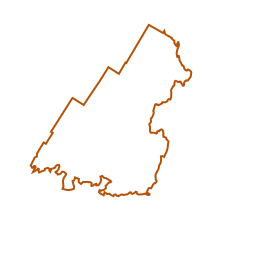 outline of Washington, Maine, United States of America, rotated 43°
{"feature_id": "52423323B19363512128609", "entity_name": "Washington", "entity_type": "district", "adm_level": 2, "iso_a3": "USA", "parent_name": "United States of America", "parent_adm1": "Maine", "projection": "mercator", "projection_center": [-67.458, 45.042], "detail": "fine", "context": "isolated", "style": "outline", "palette": "amber", "viewbox_px": 256, "rotation_deg": 43, "n_neighbors": 0, "source": "geoboundaries", "source_scale": "gbopen_adm2", "svg_char_len": 4402}
<svg xmlns="http://www.w3.org/2000/svg" viewBox="0 0 256 256"><g transform="rotate(43 128 128)"><path d="M72.2,96.9L75.4,113.3L78.2,131.3L79.9,141.4L68.3,143.6L66.9,143.9L74.3,183.4L76.3,183.0L78.2,193.1L78.7,195.6L76.2,196.1L76.8,199.1L78.9,208.9L80.8,211.0L79.9,213.2L82.5,221.8L82.7,221.7L83.6,221.8L84.7,222.5L85.2,222.4L85.6,221.0L85.3,219.8L85.8,219.4L86.3,219.2L87.2,219.7L87.3,221.3L88.6,225.0L89.4,222.7L89.9,220.2L89.9,219.2L90.6,219.0L90.8,218.9L91.9,220.5L93.3,221.2L93.7,220.5L93.7,219.9L95.9,215.7L95.1,214.5L96.5,211.8L98.5,211.4L99.6,212.8L101.0,213.0L99.8,210.1L101.6,207.2L101.2,204.7L101.8,202.9L102.6,202.1L103.5,202.4L104.0,202.8L105.2,205.4L105.5,208.0L105.2,208.4L105.1,209.7L106.1,209.9L107.3,209.5L108.2,210.0L109.4,208.6L109.9,207.0L109.5,205.2L110.1,204.3L111.2,203.8L113.9,203.7L114.3,204.0L114.7,205.5L115.1,208.3L116.6,211.2L120.8,214.9L121.6,217.1L125.9,214.8L127.6,213.1L129.9,209.7L128.7,207.8L123.7,204.7L124.3,203.4L123.5,200.9L123.0,200.3L126.9,198.7L127.4,199.7L129.0,201.2L131.8,201.0L131.9,198.1L132.9,197.4L134.3,195.9L135.4,194.7L136.4,194.4L136.5,194.0L136.9,193.6L138.5,193.1L139.3,193.3L139.5,193.9L140.2,194.9L140.9,195.3L141.6,194.1L141.9,192.5L142.7,190.5L142.9,190.4L143.9,191.5L144.9,190.8L145.4,189.7L145.0,186.6L144.2,185.1L143.7,184.7L143.5,184.1L141.0,182.3L141.9,180.6L144.4,180.8L146.2,179.7L147.0,179.6L151.2,178.5L152.2,178.7L152.1,180.0L151.2,180.9L151.1,185.6L152.2,186.4L152.9,187.2L152.7,189.3L150.9,192.5L149.7,192.6L149.6,193.0L150.5,194.7L151.8,194.8L152.8,194.6L156.1,193.8L154.7,191.0L157.8,190.5L159.0,188.9L161.3,188.6L163.8,187.7L163.6,187.3L163.5,186.2L164.1,185.1L164.6,185.0L165.9,185.2L167.5,184.3L167.4,184.1L168.2,181.9L169.1,180.5L170.2,180.2L172.8,177.0L173.4,173.4L174.0,173.2L175.0,173.6L176.1,173.3L177.1,170.9L177.2,169.2L178.0,168.9L179.2,169.9L181.1,169.4L181.7,168.9L184.3,166.0L185.0,164.8L185.3,164.4L185.9,164.1L186.7,163.8L187.0,163.8L188.0,163.6L189.1,162.5L189.1,162.1L188.9,161.7L187.4,161.8L186.5,162.3L186.5,162.7L185.7,162.9L185.3,161.6L184.2,158.0L184.6,157.3L186.1,156.2L185.8,155.3L184.9,152.3L185.0,150.3L185.3,150.2L185.6,149.2L185.5,147.9L184.8,147.1L183.6,146.9L180.3,143.8L179.8,142.9L179.7,142.6L178.1,136.8L176.6,134.6L176.1,133.5L175.9,131.9L175.1,130.3L173.3,128.0L171.4,126.3L172.6,124.9L174.2,124.5L173.8,123.5L171.9,117.9L170.2,115.0L168.4,112.8L167.1,110.6L166.8,110.4L166.1,110.1L163.6,109.9L162.2,109.1L160.2,110.2L159.8,110.2L159.5,110.0L159.2,109.5L158.4,109.1L158.2,108.9L158.0,108.0L157.7,107.7L156.5,107.0L156.1,106.6L155.1,106.1L153.8,106.0L153.2,106.5L152.7,108.1L152.8,108.4L153.0,108.6L153.0,109.1L152.5,109.2L152.2,109.4L151.8,110.6L151.9,111.2L152.4,111.5L152.7,111.8L152.6,112.3L152.5,112.6L152.3,112.8L151.5,113.1L150.1,113.9L148.9,115.0L147.9,115.9L147.8,116.0L147.3,115.8L146.4,115.4L146.0,115.0L143.2,111.9L142.5,111.7L141.0,110.8L140.9,110.4L140.9,110.1L141.0,109.7L140.7,107.9L138.4,105.8L138.4,104.9L138.2,103.3L137.6,101.4L137.3,100.7L135.8,98.6L135.1,98.5L134.9,98.4L134.8,98.2L132.2,92.9L132.0,92.6L132.0,92.4L132.3,91.2L132.6,91.0L132.8,91.0L133.1,91.3L134.5,90.7L134.5,90.2L135.1,89.7L135.8,87.6L136.0,87.2L136.0,86.8L135.5,86.1L135.5,85.9L135.8,85.5L137.0,84.5L137.8,83.7L138.3,82.4L138.5,81.4L137.9,80.5L137.9,79.9L138.2,79.1L138.3,78.9L138.6,78.6L139.0,78.7L139.5,78.3L139.5,78.1L138.3,75.7L136.4,73.5L135.3,72.3L133.9,71.1L133.7,70.9L133.3,69.9L132.6,66.8L132.5,66.2L132.8,65.9L132.8,65.5L132.3,64.4L131.5,63.7L130.9,62.9L130.6,61.8L130.5,61.3L130.6,61.1L131.0,60.9L132.2,60.5L133.4,60.0L134.0,59.6L134.0,58.9L134.8,58.3L136.2,58.8L138.4,59.3L138.6,59.4L138.8,59.1L138.9,58.7L139.1,58.7L139.3,58.8L139.6,59.3L139.8,59.1L139.3,57.9L138.1,56.6L137.8,55.2L137.8,54.9L137.8,54.2L138.1,53.4L138.4,53.4L138.5,53.5L138.8,53.4L139.3,52.0L139.0,48.7L138.8,47.6L138.3,46.9L136.2,44.0L135.6,43.8L133.4,43.8L132.0,44.3L131.9,44.6L132.1,44.9L132.1,45.3L131.9,45.8L131.0,46.4L128.9,46.3L127.2,45.2L126.0,44.8L124.9,44.9L124.9,45.2L124.4,45.2L122.1,44.1L119.7,43.5L117.0,41.2L116.1,40.7L115.6,41.0L116.1,42.0L115.5,42.4L113.3,40.8L112.3,39.8L110.5,36.9L110.0,35.4L109.1,33.3L108.6,32.5L106.8,31.1L106.6,31.0L106.1,31.0L106.2,31.7L106.5,32.6L107.2,33.8L107.8,34.2L107.8,34.6L107.7,35.0L106.5,34.9L104.0,34.2L102.5,32.7L98.8,32.7L98.6,32.3L91.4,34.0L88.3,32.3L88.9,34.6L72.9,38.4L82.4,81.7L81.5,81.9L84.4,94.6L72.2,96.9Z" fill="none" stroke="#b45309" stroke-width="2"/></g></svg>